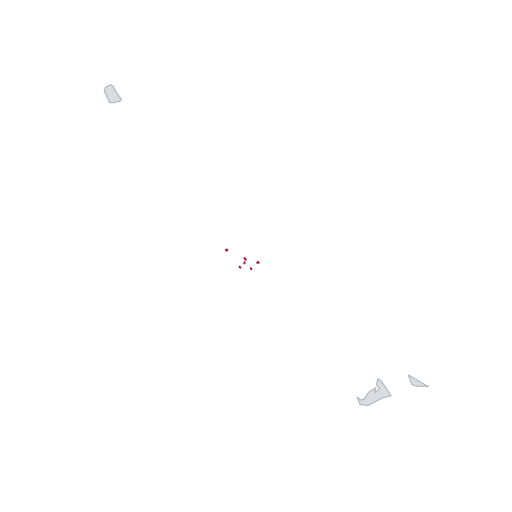 Lulunga, Tonga shown in context, rotated 299°
{"feature_id": "48082658B21371704664746", "entity_name": "Lulunga", "entity_type": "district", "adm_level": 2, "iso_a3": "TON", "parent_name": "Tonga", "parent_adm1": "", "projection": "equal_earth", "projection_center": [-174.727, -19.925], "detail": "fine", "context": "in_parent", "style": "filled", "palette": "rose", "viewbox_px": 512, "rotation_deg": 299, "n_neighbors": 0, "source": "geoboundaries", "source_scale": "gbopen_adm2", "svg_char_len": 2018}
<svg xmlns="http://www.w3.org/2000/svg" viewBox="0 0 512 512"><g transform="rotate(299 256 256)"><path d="M198.6,428.1L200.1,428.1L201.9,423.7L207.8,422.1L207.1,426.8L199.2,442.0L194.1,436.1L179.5,426.4L176.5,418.9L181.4,413.2L180.9,417.8L183.3,419.8L191.6,420.6L199.0,424.7L194.4,426.1L198.6,428.1ZM332.0,53.5L327.8,62.3L325.8,62.2L320.9,57.1L319.2,53.6L326.6,43.3L330.4,42.5L335.5,45.9L335.2,48.9L332.0,53.5ZM225.9,447.4L225.3,469.5L219.9,459.4L219.3,454.7L224.8,447.8L225.9,447.4Z" fill="#d9dde1" stroke="#a8b0b8" stroke-width="1"/><path d="M246.3,227.0L246.2,227.1L246.2,227.3L246.2,227.5L246.3,227.7L246.5,227.8L246.5,227.7L246.5,227.8L246.8,227.9L247.0,228.0L247.0,227.9L247.0,228.0L247.3,228.0L247.5,228.0L247.6,227.9L247.8,227.7L247.7,227.4L247.5,227.2L247.4,227.1L247.2,227.0L247.2,226.9L246.9,226.7L246.7,226.7L246.4,226.8L246.4,227.0L246.3,227.0ZM250.6,260.5L250.7,260.9L250.8,261.0L251.0,261.2L251.0,261.3L251.1,261.5L251.3,261.7L251.5,261.6L251.8,261.6L251.9,261.4L252.0,261.2L251.9,261.0L251.9,260.8L251.8,260.7L251.7,260.4L251.4,260.3L251.2,260.3L250.9,260.4L250.7,260.3L250.7,260.5L250.6,260.5ZM247.8,248.1L247.7,248.3L247.6,248.5L247.5,248.8L247.6,249.0L247.8,249.0L248.0,249.0L248.1,248.8L248.2,248.6L248.3,248.5L248.3,248.4L248.4,248.2L248.5,247.9L248.7,247.6L248.8,247.4L248.9,247.1L248.6,247.0L248.4,246.9L248.4,247.3L248.3,247.5L248.2,247.7L248.0,247.9L247.8,248.1ZM238.6,246.7L238.4,246.7L238.4,246.8L238.3,247.0L238.2,247.2L238.2,247.3L238.2,247.5L238.1,247.8L238.1,248.0L238.3,248.2L238.5,248.0L238.5,247.9L238.5,247.7L238.7,247.3L238.7,247.2L238.8,247.0L238.8,246.9L238.7,246.8L238.7,246.7L238.6,246.7ZM242.8,257.9L242.8,257.7L242.9,257.4L242.7,257.2L242.5,257.3L242.4,257.5L242.2,258.2L242.2,258.6L242.3,258.6L242.5,258.5L242.6,258.4L242.7,258.2L242.8,257.9ZM244.0,249.0L243.9,249.1L243.8,249.3L243.8,249.6L244.1,249.6L244.4,249.6L244.5,249.6L244.7,249.4L244.7,249.2L244.8,249.1L244.7,249.1L244.3,249.1L244.1,249.0L244.0,249.0Z" fill="#f43f5e" stroke="#9f1239" stroke-width="1.5"/></g></svg>